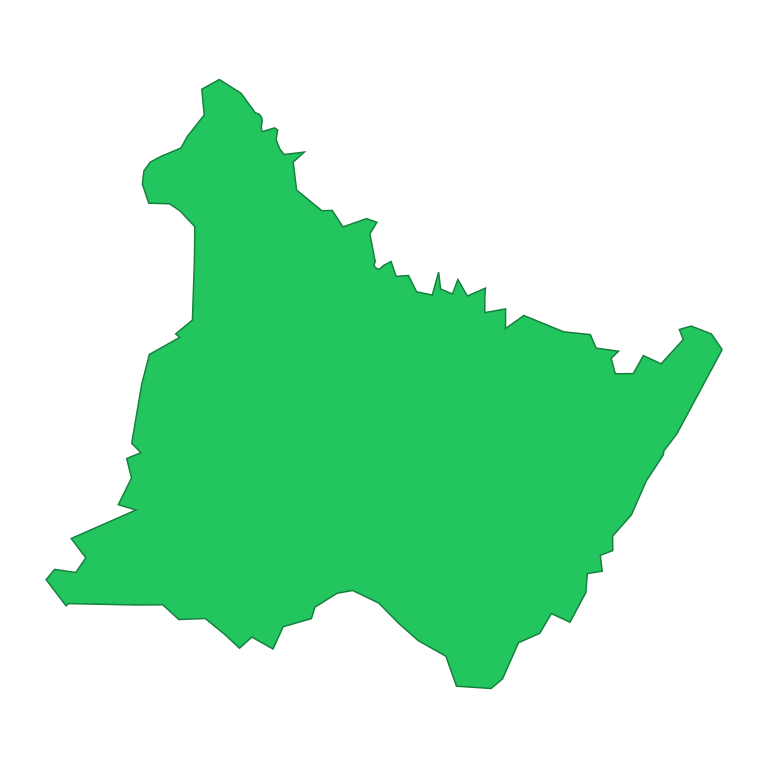 the district of Westmoreland, Pennsylvania, United States of America
{"feature_id": "52423323B66944309680505", "entity_name": "Westmoreland", "entity_type": "district", "adm_level": 2, "iso_a3": "USA", "parent_name": "United States of America", "parent_adm1": "Pennsylvania", "projection": "albers", "projection_center": [-79.479, 40.36], "detail": "fine", "context": "isolated", "style": "filled", "palette": "green", "viewbox_px": 768, "rotation_deg": 0, "n_neighbors": 0, "source": "geoboundaries", "source_scale": "gbopen_adm2", "svg_char_len": 1717}
<svg xmlns="http://www.w3.org/2000/svg" viewBox="0 0 768 768"><path d="M71.2,538.5L85.8,557.8L75.8,572.5L54.6,569.4L46.1,579.6L66.0,605.8L68.7,603.6L136.5,605.0L162.8,604.8L178.8,619.5L205.2,618.5L224.7,634.4L239.5,648.2L251.9,637.1L273.0,649.0L283.2,626.7L311.4,618.6L314.9,607.2L337.0,593.3L352.6,590.5L378.8,603.1L398.2,622.9L418.2,640.6L445.9,656.3L456.5,686.2L491.1,688.5L502.5,678.9L518.5,642.7L539.8,633.3L551.3,613.6L570.0,622.2L585.9,592.5L587.3,573.6L602.2,571.2L600.3,555.4L612.8,550.5L612.6,536.1L631.4,514.9L646.3,480.9L663.3,455.0L663.9,450.8L676.8,434.0L721.9,350.1L721.8,349.1L711.4,333.9L691.2,326.1L679.4,329.5L683.2,339.6L661.1,363.8L643.3,355.6L633.3,373.6L615.3,373.8L611.2,358.3L618.6,351.2L596.1,348.1L590.4,334.6L563.6,331.8L523.8,315.5L505.5,328.6L505.6,308.9L484.8,312.6L484.8,296.9L485.5,288.1L467.3,296.0L457.9,279.5L452.5,294.0L440.6,289.0L438.6,272.1L432.3,295.0L416.6,291.8L408.5,275.5L396.2,276.4L391.1,261.5L383.6,265.4L379.4,269.3L378.8,269.3L375.8,267.9L374.3,266.0L374.1,264.9L375.2,261.5L369.9,233.9L376.9,222.3L366.7,218.6L342.9,226.9L332.2,210.4L321.8,210.7L296.6,190.0L293.2,162.1L304.3,152.1L284.1,154.5L279.9,149.1L276.1,139.7L277.7,130.0L274.6,127.9L262.7,131.5L262.1,131.1L261.4,128.8L261.3,126.2L261.9,123.5L262.2,120.2L261.7,117.9L260.6,115.8L259.1,114.2L256.5,113.1L255.5,113.1L241.1,93.3L219.3,79.5L201.8,89.2L204.2,115.0L187.3,136.5L180.9,148.0L160.7,156.5L150.1,162.2L143.9,170.9L142.4,184.3L148.4,202.2L148.8,203.2L169.6,203.8L179.9,210.8L194.8,226.6L194.4,260.8L192.4,320.1L175.7,333.9L179.7,337.4L149.4,354.4L141.7,384.3L131.7,443.3L140.9,452.7L126.7,458.5L131.5,478.0L118.3,504.7L135.9,510.0L71.2,538.5Z" fill="#22c55e" stroke="#15803d" stroke-width="1.5"/></svg>